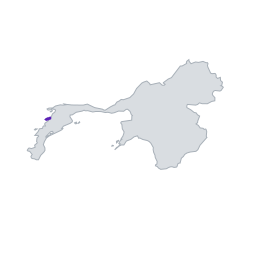 Ko Lanta, Krabi, Thailand (highlighted), rotated 75°
{"feature_id": "78962969B16427813486063", "entity_name": "Ko Lanta", "entity_type": "district", "adm_level": 2, "iso_a3": "THA", "parent_name": "Thailand", "parent_adm1": "Krabi", "projection": "robinson", "projection_center": [99.092, 7.662], "detail": "fine", "context": "in_parent", "style": "filled", "palette": "violet", "viewbox_px": 256, "rotation_deg": 75, "n_neighbors": 0, "source": "geoboundaries", "source_scale": "gbopen_adm2", "svg_char_len": 4990}
<svg xmlns="http://www.w3.org/2000/svg" viewBox="0 0 256 256"><g transform="rotate(75 128 128)"><path d="M111.0,26.4L111.2,27.4L112.1,26.1L113.3,25.4L115.8,28.3L116.1,29.6L114.3,34.2L114.6,35.7L115.7,37.0L117.1,37.8L118.5,37.6L121.2,36.2L124.2,37.1L124.0,40.2L125.1,45.1L123.7,50.1L122.2,52.5L123.3,54.7L123.4,56.7L120.6,64.5L121.2,65.1L123.0,65.9L123.7,65.7L126.7,62.6L130.0,60.2L131.1,58.2L133.2,57.5L135.0,55.7L139.4,58.9L140.5,59.2L141.1,59.7L141.3,61.0L141.9,61.2L143.6,59.4L146.6,58.3L147.7,55.6L149.1,54.8L149.0,53.5L149.4,53.0L151.9,52.9L155.6,54.3L156.8,54.6L157.5,54.2L163.3,62.9L167.1,66.2L168.1,68.4L167.3,74.2L167.4,77.6L168.2,80.1L169.8,81.8L171.0,84.3L175.4,86.8L175.1,87.4L175.4,89.0L178.1,90.8L178.3,91.4L178.0,93.7L176.8,95.5L176.5,97.0L176.6,98.8L177.3,101.5L176.4,107.1L174.8,108.7L172.7,109.8L171.6,111.3L170.7,110.9L170.3,109.4L167.9,108.5L163.5,109.3L161.2,109.0L158.2,109.5L155.3,109.3L153.5,108.6L148.7,109.8L146.6,111.0L145.1,112.6L142.9,116.7L140.7,119.2L140.7,120.3L138.0,120.9L138.1,124.4L139.7,128.2L140.2,133.0L143.3,136.4L142.7,138.8L143.1,141.1L145.6,146.5L143.8,143.9L143.4,142.2L141.4,139.5L140.7,140.9L138.3,138.9L137.3,136.9L136.9,137.7L134.5,135.0L132.1,133.4L130.7,132.8L127.3,133.7L123.0,133.0L121.3,133.7L120.6,133.3L120.2,132.4L121.4,122.4L117.6,121.2L117.0,120.5L116.2,121.3L112.5,121.7L109.8,123.5L109.5,125.0L110.7,127.8L109.2,132.8L109.7,137.4L109.5,140.0L107.6,143.3L107.2,145.9L105.1,149.9L103.7,154.9L103.4,157.9L100.9,162.3L100.3,164.9L99.4,165.8L99.8,167.8L99.4,174.0L100.9,178.4L100.5,180.5L102.2,181.2L106.3,179.8L107.6,180.2L108.5,182.6L109.5,189.9L111.3,192.2L111.7,191.1L112.5,192.2L113.1,194.4L115.2,205.9L116.4,209.0L115.1,208.2L114.3,204.6L113.2,204.4L113.6,202.1L112.8,201.3L111.6,202.0L111.6,203.8L114.9,209.5L116.9,209.7L119.4,212.2L122.2,214.1L125.7,213.4L128.1,214.0L129.5,215.5L131.8,219.4L135.5,222.7L135.0,224.7L133.5,226.4L132.7,228.5L131.7,229.1L130.3,229.1L128.8,227.4L125.1,229.0L124.3,230.7L123.4,231.1L121.8,229.3L121.9,228.2L122.9,226.7L122.6,222.7L120.4,222.6L119.0,219.6L118.5,219.4L117.4,219.8L113.9,218.4L112.9,216.5L111.9,216.7L111.1,219.9L108.1,215.6L105.9,213.8L106.2,210.6L104.8,209.9L104.2,209.1L104.7,207.2L102.7,207.5L101.8,206.9L100.6,203.5L99.6,202.1L98.3,202.1L97.9,201.4L98.0,199.7L94.8,197.3L93.7,194.6L92.2,193.4L91.2,193.7L90.3,195.7L89.5,195.6L88.9,195.0L88.0,192.3L88.1,187.5L89.1,184.7L89.7,180.2L91.2,176.4L94.3,165.4L94.4,161.1L99.7,154.9L103.2,147.8L104.4,146.7L104.9,145.4L103.1,139.7L102.2,135.8L102.3,134.7L100.1,132.1L99.5,129.0L98.9,128.0L98.7,127.0L99.5,125.2L99.1,118.4L96.6,113.8L92.1,109.5L88.2,103.1L87.7,100.9L87.5,97.7L90.7,95.5L92.0,95.4L92.4,85.9L95.2,84.1L95.8,83.3L96.0,81.7L95.4,80.8L93.6,82.3L93.3,82.0L91.1,76.4L90.6,73.0L81.7,61.5L82.1,59.6L80.8,54.6L79.5,54.6L78.6,53.7L77.7,51.5L79.4,51.7L82.2,50.5L81.7,45.7L82.9,42.9L83.1,38.3L85.2,35.6L85.5,34.3L86.6,34.1L88.2,35.1L89.8,35.1L96.4,34.0L97.3,32.7L97.7,30.2L98.3,29.4L99.8,29.2L101.5,29.7L103.3,28.7L103.0,25.7L106.1,26.3L108.2,24.9L111.0,26.4ZM90.5,197.0L90.0,200.6L88.7,201.3L88.3,199.2L89.1,195.8L89.4,196.6L90.5,197.0ZM110.5,176.0L110.3,177.8L109.2,178.3L108.9,176.4L110.5,176.0ZM138.0,140.4L139.4,142.9L137.8,142.6L137.5,140.3L138.0,140.4ZM105.5,218.8L104.8,217.7L105.4,216.1L106.0,218.1L105.5,218.8ZM92.5,197.4L92.2,199.3L91.6,196.7L92.5,197.4ZM110.6,174.5L110.0,174.3L109.5,173.2L110.2,173.2L110.6,174.5ZM97.9,203.2L98.7,205.5L97.9,204.5L97.9,203.2ZM141.5,146.9L141.3,148.3L140.6,147.7L141.1,146.7L141.5,146.9ZM89.0,183.1L88.2,183.6L88.8,182.3L89.0,183.1Z" fill="#d9dde1" stroke="#a8b0b8" stroke-width="1"/><path d="M98.2,200.2L97.9,200.3L98.0,200.4L97.9,200.5L97.7,200.6L97.6,200.8L97.7,201.0L97.8,201.0L97.7,201.0L97.7,201.3L97.6,201.5L97.7,201.8L97.9,202.3L98.0,202.4L98.3,202.4L98.4,202.5L98.5,202.5L98.6,202.4L98.7,202.2L98.8,202.0L98.8,201.9L98.8,201.7L99.0,201.5L99.1,201.4L99.0,201.0L99.0,200.9L99.0,200.7L98.9,200.7L98.7,200.7L98.6,200.4L98.4,200.4L98.3,200.2L98.2,200.2ZM98.3,202.5L98.2,202.5L97.9,202.6L97.9,202.8L97.9,203.0L97.7,203.1L97.8,203.3L97.7,203.4L97.8,203.7L97.8,203.8L97.8,204.0L97.8,204.3L97.9,204.5L98.0,204.8L98.1,205.0L98.3,205.2L98.3,205.3L98.5,205.4L98.5,205.5L98.7,205.4L98.8,205.3L98.7,205.2L98.7,204.9L98.6,204.7L98.4,204.5L98.3,204.3L98.3,204.1L98.4,203.9L98.5,203.8L98.5,203.7L98.5,203.8L98.6,203.7L98.8,203.7L98.8,203.8L98.9,203.7L98.8,203.4L99.0,203.3L99.0,203.2L98.9,202.9L98.9,202.7L98.7,202.5L98.4,202.6L98.3,202.5ZM99.1,203.2L99.1,203.3L99.2,203.5L99.2,203.4L99.2,203.2L99.1,203.2ZM98.9,204.6L99.0,204.7L99.0,204.8L99.0,204.7L98.9,204.6L98.9,204.6ZM98.9,202.4L98.8,202.2L98.8,202.3L98.9,202.4ZM99.2,203.9L99.2,204.0L99.2,203.9L99.2,203.9ZM99.0,201.9L98.9,201.8L99.0,201.9ZM99.3,203.5L99.2,203.5L99.3,203.6L99.3,203.5ZM99.0,201.8L99.0,201.7L98.9,201.7L99.0,201.8L99.0,201.8ZM98.9,201.8L98.9,201.7L98.9,201.8L98.9,201.8ZM98.6,204.3L98.6,204.2L98.6,204.3L98.6,204.3ZM99.0,202.7L98.9,202.7L99.0,202.7L99.0,202.7Z" fill="#8b5cf6" stroke="#5b21b6" stroke-width="1.5"/></g></svg>